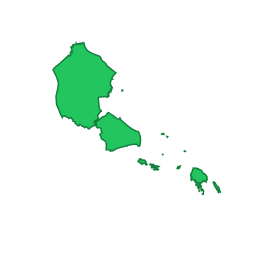 the district of Kayong Utara, Kalimantan Barat, Indonesia, rotated 243°
{"feature_id": "22746128B56151469580770", "entity_name": "Kayong Utara", "entity_type": "district", "adm_level": 2, "iso_a3": "IDN", "parent_name": "Indonesia", "parent_adm1": "Kalimantan Barat", "projection": "orthographic", "projection_center": [109.449, -1.248], "detail": "fine", "context": "isolated", "style": "filled", "palette": "green", "viewbox_px": 256, "rotation_deg": 243, "n_neighbors": 0, "source": "geoboundaries", "source_scale": "gbopen_adm2", "svg_char_len": 5895}
<svg xmlns="http://www.w3.org/2000/svg" viewBox="0 0 256 256"><g transform="rotate(243 128 128)"><path d="M182.6,142.2L192.8,137.6L195.4,137.4L197.6,136.6L199.3,135.6L201.0,135.4L202.9,135.7L204.9,135.2L210.1,130.4L214.0,127.6L217.1,126.6L221.3,126.5L223.7,127.4L224.1,126.7L224.5,126.7L224.5,126.3L224.1,125.9L224.2,124.6L224.9,124.5L224.7,124.1L225.2,123.7L224.7,123.3L225.2,123.3L225.1,122.9L225.7,121.8L225.5,121.3L226.4,120.4L226.8,120.4L226.0,119.9L226.5,119.4L226.8,118.0L226.4,117.2L227.0,116.9L227.0,116.4L225.9,115.9L225.9,115.4L225.5,115.4L226.0,115.0L225.6,114.2L225.9,113.8L224.3,113.7L223.7,113.4L222.7,113.5L222.1,112.6L221.5,113.1L221.0,112.9L220.7,112.4L221.9,111.8L221.6,111.1L220.7,110.4L219.1,110.4L219.2,109.4L218.5,109.4L218.8,109.4L218.7,108.5L219.1,108.6L219.2,108.1L219.7,108.1L216.5,96.9L215.3,90.9L214.0,87.6L206.2,87.6L200.8,86.7L199.3,86.2L196.1,84.2L189.0,78.3L181.3,75.0L176.8,74.8L171.9,74.2L167.5,74.2L168.4,74.9L167.5,76.0L167.5,77.4L165.7,78.3L164.7,79.3L163.3,79.7L163.3,81.9L161.8,82.1L160.3,82.8L159.1,82.0L157.6,83.7L156.0,82.9L154.9,83.9L153.0,84.1L152.3,85.3L152.6,85.9L153.2,86.4L153.3,86.9L152.6,87.3L150.8,87.7L149.6,89.0L148.2,89.3L147.9,89.9L148.4,90.4L148.0,91.3L147.1,92.0L145.7,92.2L145.0,92.7L144.8,93.3L145.5,94.9L145.7,97.2L145.4,100.2L146.5,100.8L147.8,100.3L148.8,100.9L149.5,101.9L149.4,105.2L150.2,106.4L151.4,106.2L152.4,106.3L153.3,107.0L153.3,107.5L155.1,110.8L155.0,111.7L155.8,112.0L156.2,111.4L157.7,111.3L159.9,111.8L168.4,115.2L168.7,116.0L166.2,122.3L165.8,122.8L165.2,123.0L165.2,123.7L164.7,124.1L164.8,124.7L165.2,124.6L165.3,125.5L165.6,125.5L165.8,125.9L166.8,125.1L167.8,125.7L167.6,127.3L168.0,127.2L168.3,127.6L168.7,127.2L169.3,128.0L168.9,129.2L168.2,129.3L168.7,129.8L169.5,130.0L169.3,130.5L169.6,130.8L169.9,130.4L170.7,130.7L170.8,132.2L171.7,132.3L171.8,132.0L172.3,131.9L173.4,132.2L173.6,131.8L174.3,131.8L177.5,133.7L178.6,135.0L178.5,136.0L178.8,135.7L179.4,136.1L181.3,138.7L182.3,141.4L182.6,141.6L182.6,142.2ZM121.4,100.4L118.5,98.6L117.6,100.7L116.7,101.8L116.3,102.0L115.5,101.6L115.1,102.0L115.5,102.7L115.5,103.4L114.8,103.6L115.0,104.5L114.4,105.0L114.9,106.5L114.1,113.4L113.8,113.7L112.8,118.5L112.4,118.8L112.7,119.1L112.2,122.0L110.6,126.4L109.4,128.6L107.4,128.9L106.5,129.7L107.1,130.6L108.9,132.1L111.7,133.8L115.0,135.1L119.4,135.7L120.1,135.6L121.1,134.2L124.5,131.6L129.7,128.8L137.9,125.5L139.9,125.2L140.4,125.6L140.7,125.3L140.1,124.8L139.9,124.0L140.7,122.8L143.3,121.5L143.4,121.2L144.0,121.2L145.7,120.4L149.5,118.1L150.4,117.9L150.7,117.4L150.4,115.9L149.4,114.9L149.1,113.7L149.1,111.6L149.6,110.4L148.4,106.7L148.0,104.0L148.1,103.0L148.8,102.4L148.6,102.1L146.0,101.8L144.9,101.3L144.0,100.4L143.5,100.4L142.0,100.8L141.5,102.3L140.5,103.5L139.1,103.9L137.8,102.7L135.6,102.9L135.3,100.6L134.9,100.0L132.7,100.0L130.4,99.4L127.1,101.5L125.5,101.9L123.7,101.6L123.3,101.2L122.9,101.4L121.8,100.4L121.4,100.4ZM53.3,160.6L52.6,160.7L52.7,162.2L51.6,163.3L51.0,164.3L50.3,164.1L50.3,163.5L50.0,163.3L48.9,164.8L48.4,164.6L48.5,163.8L47.4,164.4L47.1,163.8L46.7,163.7L46.6,163.4L47.0,163.3L46.3,162.6L45.7,162.9L45.9,163.5L45.2,163.6L45.2,164.2L44.7,164.6L43.9,164.3L42.4,164.7L41.4,165.8L42.1,166.1L42.5,165.8L43.3,165.7L43.4,166.3L42.2,167.0L44.4,166.8L45.4,166.0L46.9,166.1L46.9,166.4L45.9,166.4L45.5,166.7L46.3,168.2L45.7,168.8L46.3,169.7L46.4,170.3L46.9,170.5L46.9,171.4L46.6,171.8L45.7,171.9L45.9,172.5L45.6,172.9L45.0,172.8L44.5,173.2L45.5,173.4L46.0,175.2L48.2,175.7L48.9,176.3L50.4,175.9L51.4,175.9L51.7,175.5L52.5,175.4L53.2,174.5L54.7,174.2L55.8,174.4L57.6,173.8L58.6,172.4L59.9,172.2L60.3,171.6L60.2,171.2L60.9,171.0L62.7,168.0L61.5,167.1L61.4,166.5L59.4,164.9L59.4,164.1L58.2,163.4L57.9,162.5L56.4,162.1L55.7,162.2L55.2,162.6L55.2,162.0L54.7,161.5L53.7,161.8L53.5,161.3L53.7,160.9L53.3,160.6ZM93.4,121.7L91.9,122.9L91.7,123.4L90.7,123.3L90.5,123.7L89.6,123.7L89.3,125.0L89.8,125.2L89.7,125.8L88.7,127.0L88.5,127.7L89.1,127.9L89.3,128.3L89.4,128.1L90.2,128.5L91.4,128.4L92.3,127.6L92.6,126.3L93.6,125.9L93.9,125.3L94.3,125.4L94.3,123.1L94.0,122.3L93.4,121.7ZM36.4,178.9L34.5,179.1L33.6,179.9L33.1,179.3L32.8,179.7L31.9,179.4L31.5,179.9L31.4,179.6L30.7,180.1L30.2,179.3L29.8,179.2L29.3,179.5L29.8,180.1L29.5,180.8L29.0,181.1L29.3,181.3L31.0,181.2L31.4,181.5L33.6,181.8L34.8,181.7L35.5,181.2L37.2,180.7L39.5,180.7L40.6,180.3L41.1,179.9L40.8,179.3L40.3,179.2L36.4,178.9ZM80.7,133.3L80.1,133.4L80.0,136.4L79.5,137.2L79.6,138.1L80.3,137.5L81.4,136.0L81.5,134.7L82.1,134.9L82.6,134.0L82.3,133.7L81.7,133.7L81.3,134.2L80.7,133.3ZM82.0,130.9L81.5,131.4L81.5,132.0L82.0,132.7L82.4,132.8L82.7,133.7L83.4,133.5L83.6,134.3L84.0,134.2L84.3,133.8L84.3,132.5L83.3,131.5L82.0,130.9ZM69.4,155.0L69.3,153.9L68.9,154.5L69.0,155.3L69.5,155.5L69.3,156.1L69.6,156.4L70.3,156.3L70.3,156.8L70.4,157.0L70.8,155.0L70.3,154.3L69.4,155.0ZM79.5,133.3L77.7,134.7L77.5,135.7L77.1,135.7L77.1,136.2L78.3,135.9L78.5,135.2L78.9,135.0L79.9,133.6L79.5,133.3ZM39.9,165.1L38.7,165.2L38.4,166.8L39.9,166.4L39.9,165.1ZM107.5,155.7L107.3,155.2L107.0,155.4L106.7,155.8L106.8,156.4L106.1,157.0L106.7,157.4L107.0,157.3L107.1,157.0L106.8,156.8L107.5,155.7ZM35.8,165.5L35.5,164.4L35.0,164.4L34.8,164.6L34.9,165.2L35.8,165.5ZM79.3,132.1L78.5,132.7L78.5,133.2L79.3,133.0L79.5,132.5L79.3,132.1ZM87.5,127.6L87.2,127.2L86.6,127.8L86.7,128.3L87.5,128.4L87.5,127.6ZM95.1,124.3L94.9,123.7L94.7,123.6L94.6,124.6L94.9,124.9L95.1,124.3ZM164.5,139.8L164.0,139.4L163.6,140.3L163.9,140.5L164.5,139.8ZM81.7,168.3L81.9,167.7L81.6,167.6L81.2,167.9L81.2,168.5L81.7,168.3ZM43.3,163.2L43.1,163.0L42.0,163.4L43.1,163.6L43.3,163.2ZM40.1,163.1L39.4,162.7L39.4,163.2L40.1,163.1ZM102.8,158.8L102.0,158.8L102.3,159.4L102.8,158.8ZM89.3,147.2L88.7,146.7L88.5,147.0L89.3,147.2ZM85.8,131.6L85.7,131.4L85.6,131.7L85.2,131.5L85.3,132.0L85.8,131.6ZM37.3,166.5L37.3,166.0L36.8,166.9L37.3,166.5Z" fill="#22c55e" stroke="#15803d" stroke-width="1.5"/></g></svg>